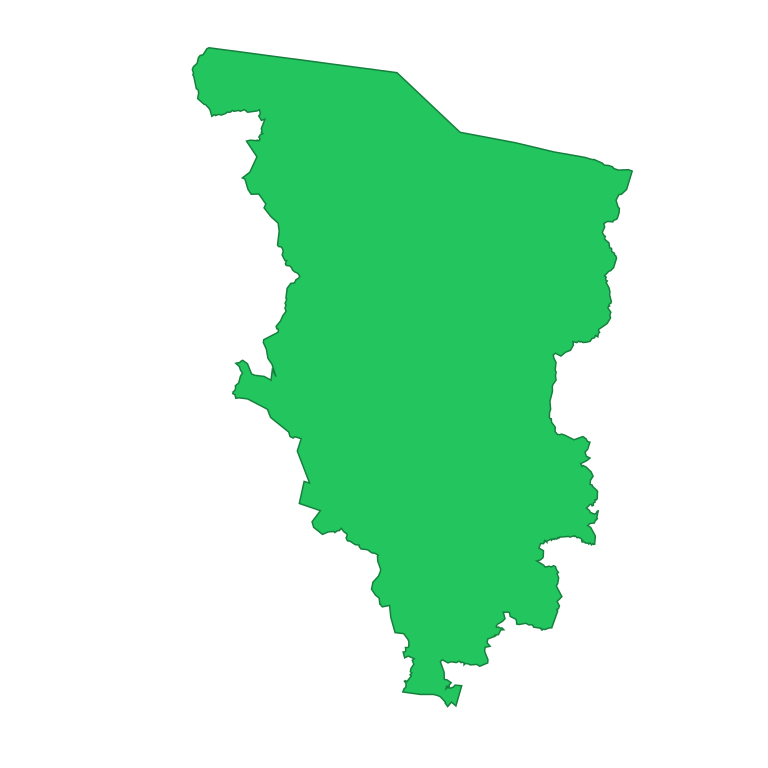 the district of Jiménez del Teul, Zacatecas, Mexico, rotated 97°
{"feature_id": "50627088B83504179997220", "entity_name": "Jiménez del Teul", "entity_type": "district", "adm_level": 2, "iso_a3": "MEX", "parent_name": "Mexico", "parent_adm1": "Zacatecas", "projection": "mercator", "projection_center": [-103.888, 23.148], "detail": "fine", "context": "isolated", "style": "filled", "palette": "green", "viewbox_px": 768, "rotation_deg": 97, "n_neighbors": 0, "source": "geoboundaries", "source_scale": "gbopen_adm2", "svg_char_len": 6159}
<svg xmlns="http://www.w3.org/2000/svg" viewBox="0 0 768 768"><g transform="rotate(97 384 384)"><path d="M73.4,409.1L71.6,598.7L72.9,600.7L79.3,603.8L80.3,606.5L82.5,607.9L88.5,608.6L92.3,611.8L95.1,612.6L98.5,611.0L100.6,611.4L101.8,610.3L113.9,606.2L114.4,604.5L117.9,603.4L123.4,603.8L128.4,596.5L128.4,595.1L132.7,590.3L139.3,587.5L137.2,585.0L138.1,583.8L136.5,581.0L136.9,578.2L134.7,574.0L133.4,573.0L132.9,569.6L131.0,567.8L131.6,566.0L130.2,561.6L130.8,559.9L128.7,555.9L130.9,552.5L128.4,543.2L127.0,541.0L130.9,539.7L133.2,541.0L137.3,537.8L135.7,534.5L145.5,536.9L147.4,536.1L149.5,536.4L150.2,534.9L151.6,537.1L154.2,538.3L155.8,536.9L157.8,537.7L157.4,539.6L158.0,539.9L158.3,546.6L159.7,550.1L174.0,537.8L190.1,543.0L196.7,549.7L197.5,547.0L207.4,542.7L211.8,539.0L210.7,531.4L219.8,523.2L223.8,524.5L231.7,516.6L237.2,508.7L244.8,506.7L259.2,506.6L260.4,505.2L260.5,502.7L262.0,501.3L264.6,500.2L268.4,500.8L273.6,497.3L273.4,495.7L276.6,496.5L277.7,496.0L278.3,495.1L278.2,492.0L280.1,489.7L281.8,488.9L283.5,486.6L284.5,483.3L287.2,480.7L289.6,481.8L291.1,484.0L294.6,485.2L295.5,488.8L300.8,491.8L310.8,491.8L311.2,491.1L312.9,491.1L315.9,492.0L317.9,490.8L320.6,491.6L323.9,490.1L328.4,492.7L334.0,494.4L340.0,498.1L342.3,497.1L342.3,495.9L343.6,495.3L345.7,495.6L354.7,508.8L357.6,508.8L363.8,505.0L372.7,502.3L378.1,497.6L389.8,492.1L383.5,496.6L394.0,496.6L391.1,503.8L391.1,513.4L390.1,516.7L380.5,522.0L377.7,527.1L378.3,528.2L380.2,529.9L381.5,533.6L384.3,529.7L387.8,528.1L390.4,525.8L393.6,527.4L400.7,528.4L403.9,531.3L406.7,530.8L408.8,531.4L410.1,532.8L412.0,532.9L412.8,530.6L416.2,529.4L415.4,526.0L415.4,517.7L423.3,496.6L431.0,492.5L443.3,472.7L447.6,470.9L448.7,467.5L447.2,465.9L448.4,459.5L461.1,461.9L491.4,445.8L490.4,451.4L512.9,453.5L517.5,431.7L529.5,438.6L534.8,436.4L540.8,426.7L537.6,421.3L536.5,415.9L537.5,414.7L535.2,412.2L535.0,410.5L532.5,408.8L535.7,405.6L537.2,402.7L538.9,402.1L541.4,402.9L544.1,401.1L544.2,398.5L547.0,392.9L546.9,389.1L548.4,388.8L550.5,386.8L550.5,380.1L553.0,375.7L553.3,371.9L554.8,368.8L556.0,369.5L560.6,368.6L568.2,364.8L570.3,364.7L575.4,366.1L582.0,370.8L589.2,371.4L594.6,366.7L597.0,362.8L603.2,361.2L603.3,360.4L604.6,359.6L605.4,358.4L603.1,351.5L614.8,348.8L629.4,342.7L629.4,334.0L634.5,329.2L636.7,327.9L641.7,327.4L642.6,328.1L642.9,330.6L646.0,329.8L647.5,330.9L647.7,332.3L653.3,330.1L651.1,326.8L653.0,320.5L654.8,322.3L658.5,320.3L663.2,322.6L666.3,322.8L667.4,321.2L669.5,322.7L670.4,321.3L676.6,325.0L675.8,326.6L676.5,327.5L678.4,325.7L682.3,325.3L683.9,326.9L687.4,327.8L687.7,310.0L686.1,297.2L686.6,293.1L687.5,290.0L692.4,284.2L693.2,284.4L696.4,281.5L691.5,278.3L694.8,273.4L674.0,270.1L674.2,276.8L676.4,278.2L677.9,281.4L677.3,283.7L679.1,285.4L676.3,285.0L676.3,282.4L674.6,282.6L672.3,280.9L669.9,285.5L669.9,288.2L662.8,289.2L652.8,294.2L650.6,292.6L653.0,286.5L651.5,283.6L651.7,278.3L649.9,275.5L651.2,273.6L650.5,273.0L651.1,270.4L652.9,270.3L651.5,269.1L651.5,266.2L652.3,264.2L651.0,257.7L652.5,254.6L648.2,247.1L645.0,247.2L637.2,251.5L633.0,251.6L631.4,246.7L628.2,250.2L624.4,249.9L620.9,243.3L620.4,242.7L619.9,243.4L618.7,239.8L613.9,238.2L613.3,235.2L611.7,237.2L612.2,238.8L611.2,240.9L611.8,242.7L610.7,243.1L608.7,242.2L605.1,237.4L602.2,235.3L596.0,237.8L595.3,232.7L595.9,231.5L599.3,230.4L601.3,224.7L603.0,223.6L606.1,223.1L606.3,220.9L604.2,213.9L605.5,211.0L604.9,208.1L605.6,206.6L607.1,206.0L607.3,198.3L608.8,197.9L609.0,197.1L607.9,196.3L608.1,194.3L605.9,190.2L605.6,187.8L588.2,183.9L586.8,185.1L585.8,183.5L582.9,182.8L578.7,185.7L573.4,181.5L563.4,188.4L560.9,187.3L555.1,187.0L551.1,189.2L549.8,187.9L547.6,190.0L544.3,191.6L543.7,193.6L545.2,195.8L544.7,197.7L546.0,201.8L544.4,203.4L540.9,210.9L539.8,207.7L537.3,205.2L535.6,204.9L530.0,205.4L528.0,210.3L523.3,209.1L523.0,206.2L520.3,205.6L521.1,205.2L520.0,204.5L521.3,203.0L520.0,203.0L517.6,199.3L518.7,198.8L517.2,197.6L517.6,196.2L516.4,195.5L517.0,194.3L516.2,192.8L515.3,192.7L515.6,191.6L514.7,191.5L512.8,182.3L513.3,180.8L511.6,177.0L512.1,176.5L511.6,175.5L513.1,173.5L512.5,172.2L513.4,169.7L515.1,167.8L515.4,168.6L516.7,168.1L516.3,165.9L517.3,164.8L517.1,161.7L517.9,161.2L516.6,160.1L518.4,158.4L517.0,157.2L517.7,156.3L517.4,155.4L509.2,155.7L501.1,161.4L499.7,164.6L497.3,162.5L496.3,158.2L493.3,157.6L493.0,156.6L491.4,155.8L490.7,156.6L483.9,155.9L484.2,156.8L486.7,157.8L487.5,159.2L486.4,163.5L484.5,164.7L482.5,167.9L478.4,164.8L478.2,163.5L479.6,162.6L479.0,161.4L476.5,161.7L475.4,160.1L473.2,160.5L473.0,158.9L471.6,158.4L464.4,159.0L460.1,164.6L458.9,165.1L458.4,167.3L454.2,167.3L450.1,165.2L446.0,167.7L441.8,173.2L440.6,176.6L441.7,177.4L439.1,179.1L435.3,173.3L432.4,170.5L431.0,174.5L427.0,176.1L424.0,173.9L416.7,172.5L416.3,174.9L413.7,176.9L411.9,180.2L416.2,188.6L412.6,198.8L412.1,201.8L412.9,203.5L412.9,205.7L410.2,208.5L406.1,208.7L401.4,213.1L398.1,213.7L398.1,215.0L396.9,215.8L391.7,216.2L388.8,215.5L381.0,217.2L370.7,215.9L366.0,216.6L364.2,216.4L359.2,213.7L355.0,214.8L351.2,214.6L349.3,215.8L341.6,215.9L337.5,218.6L334.4,219.5L332.6,217.7L334.7,211.8L330.4,207.8L327.8,203.0L322.1,200.7L318.9,201.6L319.4,197.7L317.8,195.9L318.4,194.3L317.7,193.1L318.6,191.6L317.5,187.1L316.5,184.6L313.6,183.2L312.4,180.6L310.1,180.0L311.1,177.5L308.0,177.5L306.4,176.3L304.8,177.6L303.6,177.5L296.8,169.9L290.8,167.2L287.9,168.3L285.1,167.6L281.4,170.9L280.3,171.0L279.2,169.6L278.4,170.5L277.5,170.3L276.0,168.6L274.6,168.4L267.7,171.0L265.3,170.9L261.2,172.3L256.4,175.8L254.5,174.9L254.0,176.3L252.3,177.0L250.9,176.4L249.8,178.3L244.7,174.6L243.9,172.9L240.6,170.3L230.7,168.5L228.5,169.6L227.7,171.0L226.2,171.2L224.8,174.1L221.6,174.7L221.5,176.5L216.4,178.0L213.7,182.2L212.2,182.8L210.5,182.3L209.6,184.0L206.9,185.8L201.4,184.1L197.9,185.4L195.4,181.9L195.2,176.7L193.6,175.9L192.0,173.1L191.0,172.6L185.4,171.5L181.0,171.8L179.6,173.4L173.3,176.1L167.5,174.0L166.7,171.4L161.3,166.9L142.4,163.6L141.5,167.5L143.1,177.3L142.2,182.0L140.5,183.8L139.7,188.1L140.0,191.9L138.2,194.2L135.5,203.1L135.9,204.6L134.6,212.2L132.9,244.3L128.5,283.1L124.9,339.2L73.4,409.1Z" fill="#22c55e" stroke="#15803d" stroke-width="1.5"/></g></svg>